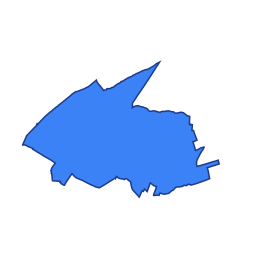 Valeni, Vaslui, Romania (Natural Earth projection), rotated 105°
{"feature_id": "2599482B38233755560354", "entity_name": "Valeni", "entity_type": "district", "adm_level": 2, "iso_a3": "ROU", "parent_name": "Romania", "parent_adm1": "Vaslui", "projection": "natural_earth1", "projection_center": [27.752, 46.755], "detail": "fine", "context": "isolated", "style": "filled", "palette": "blue", "viewbox_px": 256, "rotation_deg": 105, "n_neighbors": 0, "source": "geoboundaries", "source_scale": "gbopen_adm2", "svg_char_len": 5817}
<svg xmlns="http://www.w3.org/2000/svg" viewBox="0 0 256 256"><g transform="rotate(105 128 128)"><path d="M171.8,225.1L171.5,224.9L171.3,224.4L171.2,224.0L171.1,223.3L171.2,222.7L171.2,222.2L171.3,221.2L171.5,220.7L171.9,218.9L172.0,217.2L172.3,215.8L172.4,215.2L172.4,214.5L173.1,214.6L173.5,213.3L173.6,212.9L173.6,212.7L173.8,212.2L173.9,211.6L174.0,211.6L174.0,211.4L174.1,210.9L174.2,210.6L174.6,209.9L175.3,207.0L176.3,203.7L176.5,203.5L176.8,202.3L179.1,193.5L179.2,193.3L179.4,192.7L179.8,191.7L180.7,189.2L183.7,190.4L186.4,191.3L186.8,191.3L187.3,191.3L187.6,191.4L188.0,191.4L188.3,191.1L188.6,191.2L188.8,191.4L189.0,191.5L189.5,191.3L190.4,190.5L190.8,190.4L191.6,190.5L191.9,189.9L192.2,189.7L192.4,189.6L192.9,189.5L193.5,189.3L194.3,188.9L194.8,188.6L197.1,188.0L198.1,187.5L198.5,187.2L197.1,179.7L198.1,179.7L198.3,178.7L198.5,178.6L199.1,178.3L199.2,177.6L199.3,176.8L199.5,176.6L199.7,176.0L199.8,175.5L199.8,174.7L199.2,174.4L198.5,174.3L196.6,173.8L192.6,172.4L189.8,171.5L186.7,170.3L186.9,169.8L189.0,166.6L189.2,165.9L189.8,163.8L190.1,160.9L190.4,158.7L191.1,155.5L192.2,150.4L192.4,149.4L192.8,146.5L193.1,144.9L193.3,143.9L193.2,140.2L188.0,135.1L185.7,133.0L183.1,130.6L179.6,127.3L180.0,126.9L179.2,126.8L177.7,126.7L177.8,126.0L177.8,125.9L178.5,125.2L178.8,124.2L178.9,123.4L179.0,122.6L178.9,122.0L178.7,121.0L178.6,119.2L178.6,118.6L178.8,118.2L178.5,117.9L178.0,117.6L177.7,117.4L177.5,117.1L177.4,116.7L177.4,116.3L177.6,115.7L178.3,114.3L178.5,113.7L179.1,112.4L179.1,111.8L179.2,111.7L179.7,111.3L180.7,111.0L184.2,109.2L185.4,108.5L186.1,107.9L186.6,107.4L187.1,106.6L190.9,100.7L191.9,99.3L191.6,99.2L184.9,98.1L185.2,96.7L182.8,96.3L183.0,95.9L183.6,94.5L184.5,93.1L182.7,92.9L175.6,92.3L175.3,92.2L177.0,88.1L177.2,86.2L177.2,85.2L185.2,85.9L186.4,85.9L186.5,85.7L186.4,85.2L186.0,84.0L185.6,83.1L185.4,82.8L185.0,81.5L185.0,81.1L185.1,80.6L184.7,80.5L182.8,80.4L182.7,80.2L182.6,79.0L182.7,78.0L182.6,76.5L182.5,75.6L182.4,75.4L182.1,74.8L181.8,74.2L181.3,73.3L180.9,72.3L180.5,71.6L179.6,71.2L179.2,70.9L178.9,70.5L178.5,70.2L178.1,70.0L177.6,69.8L177.3,69.5L177.1,69.2L176.8,68.8L176.6,68.5L176.0,68.1L174.5,67.3L173.8,67.0L173.4,66.8L173.0,66.4L172.5,65.6L172.2,65.2L171.9,64.4L171.9,63.9L171.8,63.5L171.2,62.4L170.6,61.0L170.3,60.3L169.9,59.9L169.1,59.5L168.7,58.2L168.7,57.8L168.7,57.3L168.6,56.9L168.4,56.6L167.9,56.3L167.7,55.8L166.9,55.3L166.5,55.0L166.4,54.8L166.6,54.5L166.7,53.9L166.7,53.2L166.6,52.7L166.8,52.1L166.3,51.5L164.5,48.4L162.7,45.7L158.7,39.9L157.9,38.8L155.8,36.0L154.0,36.9L149.4,39.1L148.2,39.7L148.0,39.9L145.7,41.1L145.2,40.3L145.1,40.0L143.8,37.9L142.4,35.8L141.8,34.6L141.2,33.7L140.5,32.8L139.1,30.6L138.8,30.8L138.1,31.3L135.7,32.6L136.7,33.9L138.8,37.6L139.3,38.4L142.5,43.4L143.4,44.9L144.0,46.0L144.7,47.1L145.2,47.8L146.6,50.3L147.3,51.3L145.6,52.3L143.1,53.0L142.5,53.0L141.0,53.0L138.7,52.6L137.2,52.2L134.3,51.6L130.8,50.6L130.4,50.4L129.7,50.1L127.6,49.6L127.2,49.5L126.8,49.6L126.7,49.8L127.9,51.7L128.2,52.4L128.5,52.6L129.2,53.4L129.9,54.1L131.1,55.4L132.2,56.9L124.4,61.7L124.3,61.4L123.8,60.5L122.8,59.3L121.9,58.2L116.1,62.4L113.4,64.1L113.7,65.1L113.8,65.5L112.9,65.8L111.7,66.0L111.4,66.0L108.2,66.7L108.4,67.6L108.7,68.3L108.1,68.5L108.5,69.5L107.4,69.9L105.7,70.3L100.8,71.4L100.8,71.9L100.9,72.4L100.9,72.8L100.7,74.3L100.5,74.9L100.2,75.5L99.8,76.3L99.4,77.0L99.1,78.1L98.9,78.7L98.9,79.2L99.0,80.2L99.1,81.1L100.2,83.2L100.8,84.2L101.4,86.0L101.5,86.3L101.4,86.5L100.8,87.4L100.7,87.8L100.8,89.3L100.9,89.8L101.0,91.1L100.9,91.9L100.9,92.4L100.9,92.8L101.4,94.7L101.6,95.2L102.2,96.4L102.6,97.2L102.7,97.7L103.0,99.0L103.2,99.4L103.5,99.9L104.3,100.9L104.5,101.2L104.6,101.5L104.7,102.0L104.7,102.5L104.6,103.3L104.6,103.7L104.7,104.2L104.8,104.4L104.6,105.1L104.5,105.6L104.5,106.1L104.7,107.2L104.9,108.0L105.0,108.4L105.9,110.2L106.0,110.5L106.2,111.8L106.1,112.0L105.7,112.6L104.6,114.1L104.4,114.7L104.2,115.4L104.1,116.1L103.9,119.7L104.0,121.0L104.1,122.6L104.0,123.1L103.7,123.6L103.8,123.7L104.1,124.3L104.2,125.2L104.4,125.7L104.6,126.1L105.1,126.8L106.2,128.1L107.2,129.1L105.6,129.2L105.0,129.5L104.4,129.9L103.3,130.0L102.6,130.0L102.2,129.9L97.0,128.1L96.7,128.0L95.5,127.7L88.6,125.2L87.2,124.8L86.7,124.6L84.7,123.9L82.0,122.9L81.5,122.8L75.3,120.7L56.2,114.6L58.4,117.1L59.9,118.2L61.1,119.0L65.1,123.0L66.4,124.5L67.3,126.5L67.9,127.2L68.9,128.7L72.0,132.2L73.6,134.4L74.2,134.8L74.7,135.3L75.1,135.8L75.4,136.4L75.8,136.8L76.6,137.2L77.1,137.6L78.0,139.1L78.6,139.4L78.8,139.6L78.8,139.8L79.0,140.4L79.1,140.6L79.5,140.9L79.8,141.1L79.9,141.3L80.3,141.8L80.5,141.8L80.7,142.0L81.5,142.8L81.7,143.1L82.4,143.8L82.8,143.8L83.0,144.0L83.2,144.3L84.3,145.4L84.4,145.8L84.7,146.1L84.6,146.3L85.1,146.8L85.7,147.0L86.0,147.4L86.3,147.4L86.6,147.5L87.0,147.9L87.4,148.4L87.4,148.7L87.6,149.0L87.8,149.1L88.2,149.5L88.8,149.9L89.2,150.3L89.4,150.6L89.9,150.8L90.3,151.2L91.1,151.8L91.5,152.2L91.8,152.2L92.2,152.4L92.4,152.7L92.8,153.7L93.1,153.8L93.4,154.0L93.5,154.4L93.8,155.0L94.7,155.4L95.0,156.8L95.1,157.4L95.3,157.6L95.4,157.8L95.3,158.2L95.5,158.5L95.9,158.7L96.5,158.8L96.8,159.2L97.0,159.4L97.1,159.8L97.4,160.4L98.1,161.1L97.6,161.7L94.1,166.4L93.8,167.0L93.0,168.1L91.9,169.5L89.9,171.0L91.9,172.3L92.8,173.0L94.2,174.0L97.1,176.0L98.3,177.0L99.0,177.7L99.9,178.9L100.6,179.6L101.0,179.8L103.0,182.6L105.4,185.9L106.0,186.7L106.4,187.8L107.6,189.0L110.0,191.0L111.0,191.5L118.8,197.1L120.0,198.0L121.5,199.1L124.3,201.2L125.2,201.4L125.7,202.1L126.5,202.9L127.9,203.8L129.7,205.2L131.8,206.5L133.1,207.6L135.5,209.2L136.5,209.9L137.1,210.3L138.6,211.2L143.2,213.8L143.5,214.0L144.3,214.4L145.3,214.9L148.2,216.5L147.2,216.4L147.2,216.9L148.5,217.1L148.7,216.7L152.2,218.7L152.7,219.0L160.8,223.4L161.3,223.8L171.6,225.4L171.8,225.1Z" fill="#3b82f6" stroke="#1e3a8a" stroke-width="1.5"/></g></svg>